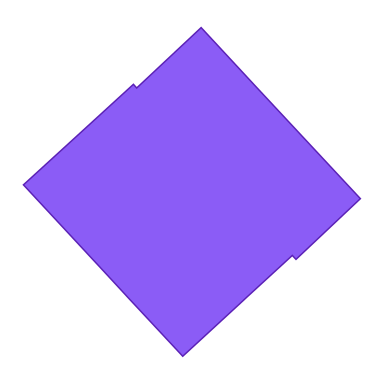 the district of Anderson, Kansas, United States of America, rotated 47°
{"feature_id": "52423323B39153241974735", "entity_name": "Anderson", "entity_type": "district", "adm_level": 2, "iso_a3": "USA", "parent_name": "United States of America", "parent_adm1": "Kansas", "projection": "orthographic", "projection_center": [-95.278, 38.214], "detail": "fine", "context": "isolated", "style": "filled", "palette": "violet", "viewbox_px": 384, "rotation_deg": 47, "n_neighbors": 0, "source": "geoboundaries", "source_scale": "gbopen_adm2", "svg_char_len": 330}
<svg xmlns="http://www.w3.org/2000/svg" viewBox="0 0 384 384"><g transform="rotate(47 192 192)"><path d="M71.8,310.4L188.4,310.6L227.8,310.8L305.8,310.8L306.3,232.3L306.3,222.8L306.8,161.9L312.2,161.9L311.7,73.4L156.2,73.4L78.0,73.2L78.2,161.5L73.3,161.4L71.8,310.4Z" fill="#8b5cf6" stroke="#5b21b6" stroke-width="1.5"/></g></svg>